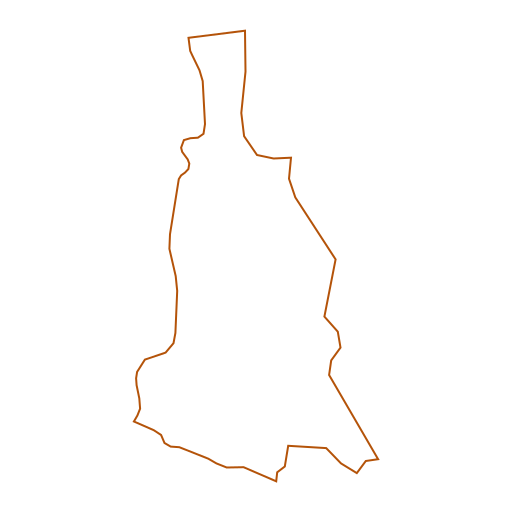 the border of Kanungu
{"feature_id": "UGA-3377", "entity_name": "Kanungu", "entity_type": "District", "adm_level": 1, "iso_a3": "UGA", "parent_name": "Uganda", "parent_adm1": "", "projection": "mercator", "projection_center": [29.677, -0.754], "detail": "fine", "context": "isolated", "style": "outline", "palette": "amber", "viewbox_px": 512, "rotation_deg": 0, "n_neighbors": 0, "source": "natural_earth", "source_scale": "10m", "svg_char_len": 924}
<svg xmlns="http://www.w3.org/2000/svg" viewBox="0 0 512 512"><path d="M133.9,421.5L137.4,415.5L140.1,408.7L139.3,398.4L136.6,385.2L136.1,378.3L137.1,371.9L144.9,359.6L165.6,352.6L173.5,343.2L175.4,333.0L177.2,290.9L175.7,276.1L169.4,248.8L170.0,234.2L178.8,179.1L181.1,175.4L185.0,172.6L188.4,169.0L189.3,163.6L187.7,159.4L182.2,151.9L181.1,147.7L183.9,140.1L190.4,138.2L197.9,137.7L203.5,133.8L205.0,124.1L202.7,81.1L199.5,70.3L192.1,55.0L190.2,50.9L188.5,37.8L245.0,30.7L245.5,71.7L241.3,113.0L244.1,136.2L257.0,155.0L273.6,158.5L291.0,157.7L289.0,178.7L295.3,197.4L335.6,259.4L324.4,316.6L337.8,331.7L340.5,347.6L331.2,360.4L329.1,375.0L378.1,459.2L365.8,461.0L356.8,473.1L341.0,463.4L326.2,448.1L288.2,445.8L284.8,466.5L277.2,472.3L276.2,481.3L243.6,467.2L226.7,467.5L216.4,463.4L208.3,458.7L179.3,447.2L170.7,446.6L164.5,443.0L161.1,435.0L153.8,430.2L133.9,421.5Z" fill="none" stroke="#b45309" stroke-width="2"/></svg>